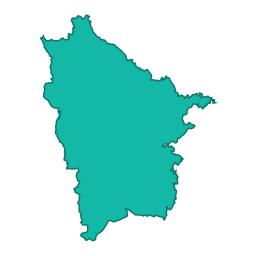 Kota Tasikmalaya, Jawa Barat, Indonesia (Natural Earth projection)
{"feature_id": "22746128B57000549481658", "entity_name": "Kota Tasikmalaya", "entity_type": "district", "adm_level": 2, "iso_a3": "IDN", "parent_name": "Indonesia", "parent_adm1": "Jawa Barat", "projection": "natural_earth1", "projection_center": [108.229, -7.36], "detail": "fine", "context": "isolated", "style": "filled", "palette": "teal", "viewbox_px": 256, "rotation_deg": 0, "n_neighbors": 0, "source": "geoboundaries", "source_scale": "gbopen_adm2", "svg_char_len": 5727}
<svg xmlns="http://www.w3.org/2000/svg" viewBox="0 0 256 256"><path d="M87.8,15.4L85.8,15.5L84.4,18.6L83.4,19.1L82.8,18.4L82.0,18.4L81.9,17.8L80.4,16.6L78.0,15.8L77.1,17.0L76.4,17.4L76.2,18.3L74.7,18.6L73.2,17.9L71.9,18.9L71.3,20.8L72.6,22.1L73.1,23.2L72.8,23.8L74.6,26.8L74.6,27.3L74.3,28.0L73.1,27.6L72.9,29.8L73.1,31.9L72.0,34.8L68.7,33.7L68.5,34.4L68.9,35.8L68.0,36.9L69.2,37.0L68.9,39.4L66.4,39.5L65.6,40.1L64.2,39.4L63.2,38.2L62.9,38.6L61.4,38.4L60.0,40.1L57.3,40.9L54.1,40.8L51.1,39.4L50.5,40.4L46.4,40.8L44.0,38.0L43.4,35.9L42.3,37.6L41.4,38.1L40.9,37.9L40.7,38.3L42.8,41.3L43.4,43.5L44.2,44.8L44.3,47.6L45.6,48.6L46.9,51.5L48.7,52.8L49.8,56.2L50.7,56.6L51.1,56.4L52.2,57.8L52.0,58.7L51.1,59.1L51.6,62.8L50.2,66.5L50.5,68.7L51.2,69.7L51.0,72.6L51.8,74.7L53.2,76.0L52.9,78.0L51.1,78.8L51.3,79.4L52.6,80.2L52.0,83.2L49.0,82.8L47.2,83.5L46.0,83.4L44.5,85.7L44.2,87.8L44.7,88.8L44.7,90.6L43.9,93.5L43.7,97.0L48.1,100.5L51.3,106.0L54.0,107.8L58.7,108.4L58.1,111.2L58.5,112.3L59.5,111.5L59.9,111.9L60.5,111.5L60.0,113.6L59.1,114.0L60.0,116.1L59.5,116.1L58.4,117.2L59.3,118.6L57.5,119.0L56.4,121.5L56.2,124.9L55.8,125.9L56.0,130.7L55.3,132.0L55.8,132.7L56.0,134.3L57.4,134.8L57.6,135.3L57.2,136.5L59.0,139.2L59.3,140.4L60.0,141.4L59.9,142.1L61.4,142.5L62.2,143.6L63.1,144.1L63.0,145.7L63.5,145.9L64.9,148.9L64.6,150.2L64.9,151.4L64.5,152.2L65.4,153.1L65.4,153.7L64.6,154.5L64.9,155.9L64.3,157.9L64.4,159.4L63.7,160.3L64.6,159.8L67.5,162.0L67.1,163.2L67.7,163.6L67.0,164.0L67.7,165.0L67.8,165.9L66.8,167.6L67.0,169.0L68.6,168.5L73.8,169.0L77.8,168.1L78.9,171.7L78.1,171.9L76.9,173.0L76.3,175.9L77.8,180.8L79.3,181.2L79.9,181.9L78.2,184.6L77.5,186.9L76.1,187.1L75.7,187.9L74.6,188.9L74.1,188.8L75.2,192.3L78.9,194.1L79.6,195.6L79.1,200.6L77.7,202.8L79.2,204.8L79.2,211.4L81.1,213.9L80.7,216.0L81.2,217.2L81.1,218.1L82.1,219.9L82.0,221.4L80.8,222.1L80.9,222.5L83.0,225.1L85.9,224.6L87.3,225.4L87.9,228.5L87.7,230.8L87.0,232.1L82.1,233.3L81.0,234.5L80.9,235.8L84.3,237.9L85.7,240.1L87.4,240.0L89.2,238.4L92.1,240.4L93.2,240.6L95.5,239.6L95.6,237.5L97.0,234.4L101.2,231.7L103.0,229.7L105.4,226.3L108.2,221.1L109.6,220.5L111.3,220.6L113.3,221.9L113.9,221.8L119.8,219.8L124.2,217.5L125.2,217.5L125.4,216.9L127.4,215.8L127.0,211.3L126.5,210.1L125.6,209.3L127.1,209.1L129.1,209.9L131.4,212.1L132.9,212.7L135.1,214.8L141.8,215.2L143.3,216.0L144.7,215.1L145.7,215.2L146.7,216.1L147.7,216.1L148.8,215.1L149.9,215.0L154.1,216.8L156.1,215.1L158.7,216.4L161.7,216.9L162.9,217.7L163.9,219.6L164.5,219.8L165.3,217.7L165.2,216.8L166.8,215.1L166.3,212.9L166.9,209.8L166.4,206.3L168.6,209.3L170.0,209.8L170.7,209.4L171.7,208.4L173.8,203.7L174.9,202.8L174.2,201.1L174.7,200.1L174.4,199.5L175.6,199.3L176.1,198.7L175.6,197.9L175.9,197.1L175.3,195.9L176.1,193.8L176.4,191.2L176.0,190.1L174.7,189.8L174.9,189.3L174.4,188.8L174.7,188.3L174.5,186.5L173.8,186.0L174.3,185.0L173.8,184.5L174.0,184.0L173.3,183.4L174.3,183.1L175.2,183.1L175.6,184.0L177.7,183.7L177.3,179.6L176.5,178.7L176.6,178.1L177.9,177.7L177.9,177.1L176.4,174.2L173.5,173.6L173.8,172.4L174.4,172.9L175.8,172.5L175.8,171.0L175.1,172.1L174.7,171.3L173.1,170.3L172.1,170.3L171.1,170.9L170.5,169.8L171.2,169.3L172.6,169.7L173.2,168.9L173.4,168.3L172.2,166.8L173.1,166.0L173.4,164.4L174.6,163.7L175.2,162.3L176.7,164.4L178.0,165.0L178.8,164.5L179.7,162.0L180.8,161.9L181.6,161.3L181.8,160.5L180.9,159.7L181.3,159.0L182.8,159.2L182.7,158.5L179.3,155.4L177.7,154.7L175.5,155.0L175.0,154.1L172.1,153.1L171.4,150.9L174.0,151.2L174.1,150.5L174.0,148.3L172.2,147.0L172.0,146.2L171.2,146.1L170.3,146.9L169.3,146.4L169.0,146.9L168.2,145.9L166.5,145.3L165.0,147.2L164.1,146.3L162.5,146.6L162.6,145.6L165.9,143.4L167.9,144.6L168.4,144.5L170.7,142.1L172.0,141.3L173.3,141.5L175.0,142.9L176.5,142.6L177.3,141.2L177.7,138.5L179.3,138.3L180.8,137.0L181.4,136.0L183.0,135.1L183.5,134.3L184.0,134.3L186.2,131.7L187.5,129.0L188.8,128.1L190.3,128.7L191.5,128.5L193.5,127.6L194.6,126.4L194.8,125.9L194.4,125.3L190.6,124.1L189.8,122.7L188.8,122.6L187.5,124.6L183.8,124.3L184.1,123.2L183.1,120.8L182.6,120.8L182.3,117.5L183.6,114.8L185.3,114.9L187.0,113.4L187.0,111.1L187.7,109.1L189.9,107.4L191.5,107.2L193.1,104.0L195.9,104.2L197.0,105.4L197.8,105.1L198.4,104.2L198.4,107.3L201.3,106.7L202.6,108.7L203.8,108.0L204.6,106.5L205.5,106.3L205.3,105.2L206.5,105.4L208.3,103.0L209.9,103.3L210.2,102.4L209.6,101.8L209.7,101.2L211.0,100.8L211.2,100.2L212.8,100.3L213.1,103.1L215.3,102.7L214.3,102.3L214.4,99.7L213.2,99.9L211.2,99.0L211.6,97.8L209.2,97.5L208.0,96.2L206.3,97.0L204.5,96.6L201.2,97.7L201.2,97.0L202.2,94.9L202.2,94.1L199.8,93.0L199.2,93.2L199.1,93.8L199.9,94.9L199.1,95.9L197.9,95.9L197.0,93.6L196.2,93.7L194.8,94.6L192.5,94.7L191.4,96.2L188.6,98.1L188.4,97.8L188.5,95.3L187.3,95.2L184.7,98.5L183.9,96.3L182.6,96.0L181.7,95.1L180.2,96.0L177.9,95.9L178.5,94.3L177.9,94.0L177.2,92.5L174.8,91.9L174.6,91.3L175.5,90.1L174.4,87.0L172.6,83.6L171.6,83.2L169.3,78.2L168.7,77.7L167.8,78.1L166.1,76.1L165.3,77.4L164.8,79.3L164.0,78.6L163.6,79.5L162.1,77.7L161.9,79.2L161.1,78.8L161.0,80.6L160.2,80.4L158.2,81.2L157.3,80.2L156.2,80.6L152.6,79.7L151.2,80.2L150.7,80.0L151.6,75.4L147.5,69.8L146.7,69.6L144.8,71.0L141.3,69.4L140.1,69.7L139.9,68.0L138.1,67.9L136.2,66.6L135.8,65.5L135.0,65.1L135.2,63.2L133.3,63.1L132.7,62.6L132.0,60.6L132.5,59.8L131.6,59.7L131.3,60.4L129.4,59.7L128.9,60.6L127.9,60.8L127.1,59.5L126.2,58.9L126.0,56.3L125.4,54.9L123.0,53.0L121.5,50.9L118.3,48.5L117.4,47.2L116.2,47.2L115.0,45.1L113.3,44.3L110.7,44.3L108.8,43.4L107.0,43.6L106.5,42.2L104.2,40.0L100.9,39.6L99.6,37.6L96.4,36.4L95.9,34.9L92.9,31.9L92.4,29.1L90.7,26.4L90.7,25.0L89.6,23.4L90.7,22.5L90.8,21.7L90.6,21.2L88.4,20.6L87.9,20.0L88.3,18.1L89.4,16.5L87.9,16.1L87.8,15.4Z" fill="#14b8a6" stroke="#0f766e" stroke-width="1.5"/></svg>